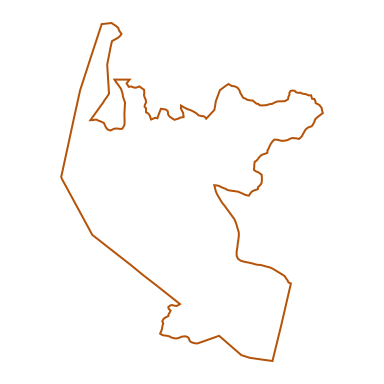 the district of Campo Maior, Piauí, Brazil
{"feature_id": "56859067B57380390448277", "entity_name": "Campo Maior", "entity_type": "district", "adm_level": 2, "iso_a3": "BRA", "parent_name": "Brazil", "parent_adm1": "Piauí", "projection": "mercator", "projection_center": [-42.103, -4.859], "detail": "fine", "context": "isolated", "style": "outline", "palette": "amber", "viewbox_px": 384, "rotation_deg": 0, "n_neighbors": 0, "source": "geoboundaries", "source_scale": "gbopen_adm2", "svg_char_len": 3884}
<svg xmlns="http://www.w3.org/2000/svg" viewBox="0 0 384 384"><path d="M265.0,360.0L272.5,361.0L273.2,358.0L281.1,325.8L290.9,283.5L288.5,282.4L287.4,280.1L286.3,278.7L284.5,275.9L272.4,268.5L270.3,267.6L267.9,266.9L265.0,266.2L262.3,265.4L260.2,264.9L258.1,264.9L255.2,264.3L252.6,263.5L249.6,262.8L244.4,261.8L240.7,260.7L238.0,258.8L236.7,255.9L236.6,252.0L237.4,247.1L237.6,244.8L238.5,238.7L238.9,235.0L238.7,232.1L238.1,230.0L237.2,227.1L236.5,224.6L235.6,222.0L234.4,219.2L224.4,205.5L223.1,204.0L222.0,202.6L217.3,194.7L215.8,191.3L214.3,185.2L217.9,185.6L220.1,186.5L221.5,187.2L223.8,188.2L225.4,188.7L227.1,189.8L229.1,190.4L237.8,191.6L241.3,193.0L245.3,194.9L248.9,195.7L250.3,193.4L251.8,191.6L253.9,190.5L257.8,189.2L258.0,187.1L259.4,186.0L260.6,184.6L261.5,183.1L261.8,181.1L261.9,177.6L261.7,174.8L258.5,172.4L255.8,171.3L253.9,169.8L254.2,167.2L254.3,164.3L254.8,161.7L256.2,160.9L257.4,159.7L259.5,156.9L261.7,154.9L263.6,154.2L265.1,153.7L267.3,152.9L267.6,150.1L268.6,148.7L269.3,146.8L270.6,144.2L272.1,141.9L274.3,139.6L277.5,139.8L279.9,140.4L281.4,140.8L284.0,140.8L287.6,140.1L290.1,138.7L292.6,138.0L296.4,138.4L299.1,138.9L301.7,136.5L303.8,132.6L305.3,130.0L306.5,128.7L308.3,127.4L311.8,126.2L313.6,123.4L314.5,121.4L315.2,119.3L317.8,116.8L319.1,115.9L322.8,113.1L322.0,110.3L321.6,107.9L319.5,105.1L317.5,104.0L315.7,103.2L315.4,101.1L314.4,99.0L312.0,98.7L311.1,95.3L308.4,95.3L306.4,94.3L303.9,93.9L302.0,93.5L300.3,92.6L298.6,92.9L296.1,92.3L294.5,90.7L292.9,90.6L290.6,90.8L289.4,92.9L289.4,94.9L288.4,96.8L288.1,99.2L286.5,100.2L285.0,101.1L282.5,101.3L278.4,101.3L276.3,101.8L274.1,102.8L272.1,103.9L269.8,104.1L266.7,105.1L263.1,105.4L260.9,105.4L259.3,105.1L258.3,103.9L256.5,103.7L254.6,102.1L252.7,100.5L250.1,100.4L247.4,99.8L245.5,98.7L243.1,97.7L241.8,95.4L240.4,93.1L239.3,90.0L237.6,87.8L236.1,87.0L234.4,86.2L231.8,86.1L228.6,84.0L225.9,85.7L224.0,87.1L219.9,90.2L215.9,101.0L214.9,106.9L214.4,109.9L206.2,118.7L205.2,117.3L203.3,116.1L201.5,116.1L198.5,115.3L197.1,113.9L195.6,112.8L193.4,111.5L190.9,110.3L187.6,109.2L185.4,108.1L183.8,107.3L181.0,105.6L180.9,108.3L182.0,110.9L183.1,112.8L183.6,117.1L181.6,117.4L179.6,117.8L178.3,118.7L176.6,119.1L174.5,119.8L172.5,118.6L169.9,116.8L168.8,115.6L168.1,114.3L168.0,112.7L167.6,110.9L165.7,109.5L160.9,108.8L158.8,114.2L157.4,118.3L155.3,117.8L151.0,119.5L150.5,117.9L150.0,116.1L149.2,114.7L147.9,113.2L146.1,112.4L146.0,110.1L146.1,108.4L144.6,106.9L144.8,104.9L146.1,102.4L145.8,100.0L144.5,97.0L144.0,95.0L144.3,93.3L144.1,89.8L139.3,86.4L137.5,87.2L135.7,87.7L134.1,87.6L131.4,86.5L128.7,86.8L126.6,83.3L129.6,79.6L114.5,79.6L116.0,81.9L119.0,86.0L121.0,88.8L122.7,94.1L122.9,96.4L125.0,102.6L124.4,113.7L124.6,121.4L124.5,124.8L123.0,127.7L121.9,128.9L119.7,128.9L116.9,128.5L114.2,128.7L110.5,130.5L108.6,129.9L107.2,129.1L105.9,127.3L103.9,123.0L101.6,121.8L98.1,120.5L96.4,119.6L94.6,119.7L92.9,120.1L90.4,120.2L103.4,102.2L104.5,100.2L106.8,97.2L109.0,93.7L107.2,64.6L110.7,46.7L111.3,43.9L112.1,41.0L114.0,40.0L116.8,38.5L118.6,37.3L120.3,35.7L121.5,33.8L119.9,31.7L118.9,30.0L118.2,27.8L115.6,25.7L112.8,23.9L111.4,23.0L101.7,24.1L91.4,55.5L80.1,90.3L74.0,117.9L70.9,132.3L63.1,168.3L61.2,177.0L61.9,178.9L69.6,193.0L92.3,234.9L118.2,255.2L130.7,264.9L135.3,268.7L143.1,275.1L156.3,285.3L180.0,304.1L178.4,305.1L176.4,306.0L173.6,305.5L172.0,305.0L170.2,305.5L168.3,307.0L168.7,308.8L170.6,310.6L169.7,312.5L168.5,314.4L168.4,316.0L165.6,317.4L163.6,318.8L162.3,321.2L163.2,323.5L162.5,325.7L161.9,329.3L160.9,331.9L160.1,333.6L161.5,334.6L163.1,335.3L165.8,335.6L168.0,336.0L169.7,336.5L171.3,337.5L174.0,338.2L176.3,338.5L178.8,337.9L182.1,336.6L185.5,336.3L187.5,337.0L188.7,338.1L189.2,339.6L190.1,341.4L191.6,342.3L193.5,342.9L195.6,343.4L197.5,343.4L202.2,341.8L219.1,335.8L241.3,355.1L249.7,357.8L265.0,360.0Z" fill="none" stroke="#b45309" stroke-width="2"/></svg>